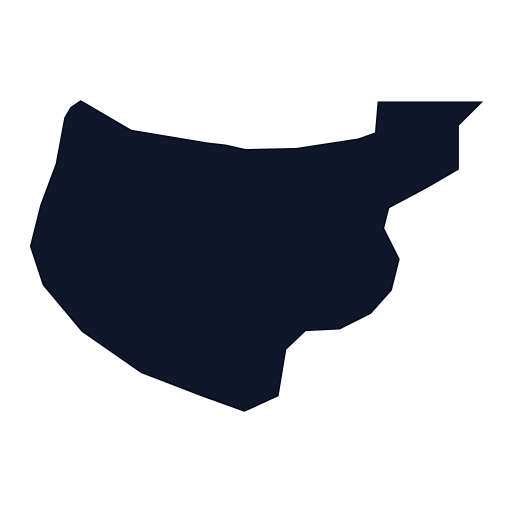 the District of Lwengo
{"feature_id": "UGA-5617", "entity_name": "Lwengo", "entity_type": "District", "adm_level": 1, "iso_a3": "UGA", "parent_name": "Uganda", "parent_adm1": "", "projection": "albers", "projection_center": [31.468, -0.432], "detail": "fine", "context": "isolated", "style": "filled", "palette": "ink", "viewbox_px": 512, "rotation_deg": 0, "n_neighbors": 0, "source": "natural_earth", "source_scale": "10m", "svg_char_len": 519}
<svg xmlns="http://www.w3.org/2000/svg" viewBox="0 0 512 512"><path d="M80.7,101.0L131.1,130.5L205.9,143.0L225.7,145.3L245.6,149.8L296.4,148.7L358.3,139.2L375.7,133.0L378.3,102.2L481.3,102.2L458.1,125.3L458.1,169.1L427.2,187.1L388.6,207.7L383.4,228.3L398.9,259.2L391.1,290.1L370.5,313.2L339.6,328.7L305.4,330.4L285.6,349.2L277.9,395.6L244.4,411.0L202.2,395.8L141.4,372.4L82.2,331.2L43.4,284.8L30.7,246.3L41.0,205.1L56.4,163.9L65.0,117.8L70.9,107.7L80.7,101.0Z" fill="#0f172a" stroke="#020617" stroke-width="1.5"/></svg>